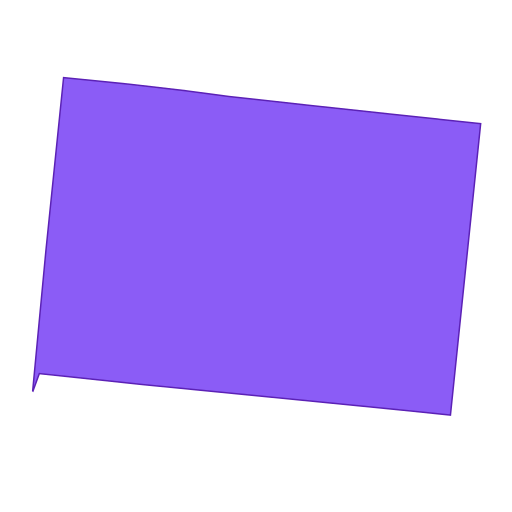 Mercer, Ohio, United States of America (Albers equal-area conic projection), rotated 96°
{"feature_id": "52423323B6373952643979", "entity_name": "Mercer", "entity_type": "district", "adm_level": 2, "iso_a3": "USA", "parent_name": "United States of America", "parent_adm1": "Ohio", "projection": "albers", "projection_center": [-84.687, 40.541], "detail": "fine", "context": "isolated", "style": "filled", "palette": "violet", "viewbox_px": 512, "rotation_deg": 96, "n_neighbors": 0, "source": "geoboundaries", "source_scale": "gbopen_adm2", "svg_char_len": 470}
<svg xmlns="http://www.w3.org/2000/svg" viewBox="0 0 512 512"><g transform="rotate(96 256 256)"><path d="M100.6,220.7L100.3,270.1L100.2,299.4L99.1,340.1L99.0,343.2L98.4,400.2L98.7,465.9L98.7,466.0L272.9,465.5L413.4,464.0L413.6,463.7L395.6,459.2L395.7,355.6L394.9,241.7L394.8,225.3L394.0,94.6L393.9,46.0L100.9,46.4L100.9,57.1L100.9,75.1L100.9,87.5L100.8,89.8L100.8,106.1L100.8,122.2L100.8,139.5L100.6,220.7Z" fill="#8b5cf6" stroke="#5b21b6" stroke-width="1.5"/></g></svg>